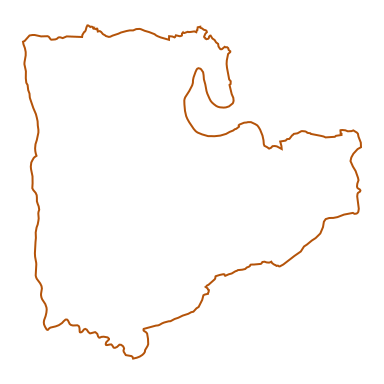 the district of Krok Phra, Nakhon Sawan, Thailand
{"feature_id": "78962969B8513684834011", "entity_name": "Krok Phra", "entity_type": "district", "adm_level": 2, "iso_a3": "THA", "parent_name": "Thailand", "parent_adm1": "Nakhon Sawan", "projection": "mercator", "projection_center": [100.023, 15.583], "detail": "fine", "context": "isolated", "style": "outline", "palette": "amber", "viewbox_px": 384, "rotation_deg": 0, "n_neighbors": 0, "source": "geoboundaries", "source_scale": "gbopen_adm2", "svg_char_len": 5811}
<svg xmlns="http://www.w3.org/2000/svg" viewBox="0 0 384 384"><path d="M361.0,147.2L360.8,142.6L358.5,136.7L357.9,133.7L356.9,132.6L353.3,130.4L351.6,131.1L347.8,131.3L345.3,130.3L342.2,130.0L340.5,130.2L340.4,130.9L340.7,132.2L340.6,133.3L341.5,133.7L341.5,135.0L336.0,135.8L334.8,136.8L325.6,137.4L323.6,136.5L321.1,135.9L310.8,133.9L310.4,133.3L307.3,132.8L306.6,132.0L305.2,131.4L302.4,131.1L301.3,131.2L297.5,133.3L293.8,133.9L292.8,135.0L292.1,135.4L289.4,138.9L287.1,139.1L285.6,140.6L280.2,141.5L281.4,145.9L281.7,149.0L276.9,146.4L274.8,146.0L272.5,146.2L271.0,147.8L269.1,148.6L267.0,147.1L264.4,145.8L263.8,144.1L263.5,140.3L262.5,135.6L260.1,129.6L258.6,127.1L257.3,125.4L255.2,124.1L250.9,122.1L248.1,122.1L246.5,122.5L244.1,122.7L239.4,124.6L238.7,125.3L239.0,126.7L236.3,128.8L234.7,129.3L233.2,130.5L229.7,131.9L226.1,133.9L220.3,135.6L214.7,136.2L208.0,136.1L202.1,134.4L197.5,132.5L195.7,131.2L193.7,128.9L189.2,122.2L187.4,119.0L186.2,116.2L185.0,110.9L184.4,104.2L184.3,100.4L184.6,98.9L185.2,97.3L189.2,91.1L192.2,85.3L192.9,82.8L193.0,80.1L193.6,77.3L195.5,72.0L196.6,69.6L197.3,68.7L198.5,68.2L200.3,68.7L201.1,69.3L203.1,72.2L203.6,75.2L203.9,79.3L205.3,84.4L206.5,91.0L207.3,93.6L209.5,98.6L210.7,100.9L212.0,102.5L213.9,104.2L216.3,106.0L218.0,106.8L219.9,107.3L223.7,107.6L225.9,107.4L229.0,106.4L231.1,104.7L232.7,103.4L233.1,102.7L233.6,100.8L233.3,97.8L231.7,94.1L229.5,84.9L230.6,84.0L230.7,81.2L229.2,79.5L227.0,67.8L226.6,63.9L226.8,60.4L228.1,54.0L230.2,52.1L230.3,51.3L228.7,50.0L228.2,48.1L227.1,47.2L225.6,47.3L224.7,46.8L222.0,49.1L221.0,49.3L220.1,48.9L218.5,46.5L218.1,43.9L216.1,42.4L214.6,40.0L212.4,38.5L210.6,35.6L210.0,35.7L209.1,36.6L208.8,38.1L208.3,38.7L206.5,39.2L205.4,38.6L205.3,38.0L204.3,37.4L204.1,36.7L205.3,33.8L206.9,32.1L206.5,30.9L205.8,30.3L203.7,29.7L202.1,28.4L200.4,27.8L200.3,26.7L197.7,27.3L197.3,30.2L196.8,30.3L196.3,32.2L194.3,31.4L191.0,31.9L188.9,32.1L187.8,31.8L184.3,33.0L183.3,32.9L183.0,32.4L182.0,33.6L181.9,35.5L180.7,36.1L179.6,36.2L175.9,35.3L175.1,37.0L174.6,37.4L172.3,36.5L169.1,36.2L169.0,39.8L160.6,37.4L157.4,36.1L155.8,35.2L154.6,34.2L149.2,32.1L144.7,30.8L140.9,29.2L139.6,28.9L136.2,29.1L133.2,30.4L129.8,30.4L126.6,31.0L121.0,32.5L118.4,33.7L112.6,35.6L110.3,36.7L108.8,36.9L105.8,36.0L105.2,35.4L102.9,34.1L101.2,32.0L99.8,31.1L97.8,31.5L97.5,29.2L97.1,28.6L96.2,28.7L96.0,29.2L94.7,28.7L94.2,28.8L93.9,28.5L93.4,28.6L93.1,28.1L93.4,27.7L93.0,27.7L92.6,26.9L90.9,26.6L90.3,27.0L88.4,25.5L87.4,25.4L86.5,27.2L85.7,30.2L85.2,31.2L84.8,31.7L84.1,32.1L82.4,34.9L82.1,37.0L66.7,36.4L62.7,38.1L60.2,37.3L59.0,37.3L58.1,37.7L56.9,38.8L55.3,39.4L51.5,39.7L50.7,39.4L48.8,36.8L47.6,36.2L41.1,36.4L34.7,35.0L32.4,35.0L29.5,35.5L24.6,41.0L23.0,41.7L23.5,44.4L24.9,48.1L25.7,52.0L25.7,55.4L24.5,62.3L24.4,64.2L25.9,71.2L25.8,78.2L26.3,82.8L27.6,85.0L28.2,90.1L29.5,93.6L29.8,97.5L30.2,98.9L33.3,108.0L35.9,114.1L36.8,117.6L37.6,121.3L37.8,125.5L38.4,129.8L38.4,132.6L36.8,140.1L35.5,144.2L35.1,148.3L35.3,151.2L35.8,153.6L36.5,155.8L34.6,157.1L33.7,158.0L32.4,160.3L31.3,162.5L30.8,166.5L31.0,169.0L32.5,176.3L32.6,183.2L32.3,188.2L33.3,190.1L35.6,192.8L36.7,195.2L36.9,197.8L36.9,201.3L37.7,203.9L38.7,206.4L39.2,209.7L38.5,211.9L38.3,213.5L38.7,218.5L38.4,220.7L37.7,224.5L36.6,227.4L35.7,232.5L35.9,237.9L35.5,242.1L34.9,253.3L35.1,256.8L36.2,262.8L36.3,264.4L35.7,275.4L36.0,276.9L36.7,278.7L40.2,283.4L41.5,286.1L41.9,288.5L41.1,293.4L41.0,295.0L41.4,297.3L42.1,299.2L45.3,304.1L46.5,307.6L46.7,309.5L46.4,312.6L45.6,316.1L44.1,320.2L43.8,322.2L44.0,324.3L45.0,326.7L46.6,329.4L47.2,329.8L47.8,329.9L49.2,328.4L50.4,327.6L55.6,326.4L58.8,325.2L62.1,323.0L63.6,321.3L65.4,319.7L65.8,319.5L66.9,319.5L68.0,320.5L69.7,324.0L71.0,325.0L73.0,325.5L77.4,325.3L78.5,325.9L79.0,326.4L79.5,328.2L79.7,331.7L79.9,332.2L80.7,332.4L81.6,332.1L82.5,331.4L83.9,329.5L85.2,328.9L86.7,329.6L88.5,332.2L89.9,333.3L90.6,333.3L94.8,332.2L95.4,332.2L97.3,333.9L98.1,336.5L99.2,337.7L99.7,337.7L101.4,336.9L103.7,336.7L107.6,337.4L108.5,338.2L109.0,338.8L109.0,339.4L106.2,342.3L105.7,344.1L106.1,345.0L107.0,345.1L110.0,344.5L111.2,344.4L112.2,345.3L113.6,347.6L114.3,347.8L115.1,347.8L117.1,346.9L119.4,344.7L121.0,344.8L122.9,346.1L123.7,347.4L124.1,348.7L123.5,350.3L123.7,351.7L125.8,355.1L131.5,356.1L132.6,357.0L133.1,358.6L136.9,357.7L139.7,356.6L142.4,354.9L144.0,353.3L144.9,351.8L145.1,350.1L147.5,346.1L148.2,344.2L148.0,338.8L147.1,333.5L146.0,332.2L144.1,331.0L143.6,330.5L143.5,329.6L143.7,328.9L155.9,325.6L158.0,325.4L159.2,325.0L162.2,323.3L164.2,322.5L168.7,321.3L170.5,321.2L174.6,319.0L178.2,317.8L182.7,315.6L188.3,313.8L191.2,312.2L193.4,311.7L196.5,308.3L198.6,307.0L202.2,299.9L203.4,295.3L204.6,294.6L208.0,293.8L208.0,293.1L208.6,292.0L208.9,290.1L208.0,289.6L207.6,288.4L205.7,287.0L206.2,286.7L206.6,285.9L207.2,285.4L208.5,284.8L214.8,279.2L215.3,278.1L215.5,276.4L215.7,276.2L219.9,274.9L223.4,274.2L224.4,274.4L224.8,275.6L225.3,275.8L228.7,274.3L231.7,273.5L235.5,271.2L236.7,270.9L237.9,270.1L242.2,269.7L245.2,269.0L246.8,267.5L248.7,266.8L249.8,266.1L250.4,264.9L250.9,264.6L254.3,264.5L260.8,263.9L261.5,263.4L262.4,262.0L264.6,261.7L266.5,262.4L268.7,262.6L269.7,262.5L271.3,261.7L272.2,263.2L274.5,264.8L275.6,265.1L276.4,265.9L277.9,265.6L278.9,266.3L279.8,266.4L283.3,264.5L294.6,255.8L300.8,251.5L304.0,246.5L306.9,244.6L311.9,240.5L315.6,238.1L320.3,233.5L323.0,227.1L323.9,221.7L325.7,219.1L329.2,218.0L333.4,217.9L337.5,217.1L344.0,214.6L352.9,212.9L354.4,213.8L356.0,213.7L356.9,213.4L357.8,212.6L358.3,211.8L358.8,208.8L357.2,196.4L357.5,193.9L358.0,192.9L360.1,191.5L360.4,190.4L359.8,189.5L357.7,188.2L357.3,187.6L357.0,186.5L357.3,183.7L358.5,180.2L358.0,177.8L355.6,171.0L352.9,166.5L350.5,161.1L351.3,157.5L353.4,153.7L357.6,149.1L361.0,147.2Z" fill="none" stroke="#b45309" stroke-width="2"/></svg>